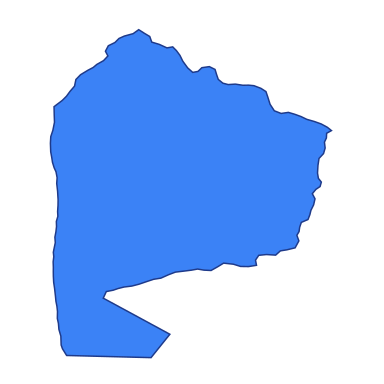 Cajazeirinhas, Paraíba, Brazil, rotated 88°
{"feature_id": "56859067B75006307595902", "entity_name": "Cajazeirinhas", "entity_type": "district", "adm_level": 2, "iso_a3": "BRA", "parent_name": "Brazil", "parent_adm1": "Paraíba", "projection": "equal_earth", "projection_center": [-37.807, -6.945], "detail": "fine", "context": "isolated", "style": "filled", "palette": "blue", "viewbox_px": 384, "rotation_deg": 88, "n_neighbors": 0, "source": "geoboundaries", "source_scale": "gbopen_adm2", "svg_char_len": 1952}
<svg xmlns="http://www.w3.org/2000/svg" viewBox="0 0 384 384"><g transform="rotate(88 192 192)"><path d="M209.1,70.9L203.1,69.3L197.9,71.8L193.7,68.1L191.0,63.8L186.6,62.4L182.8,65.2L177.5,65.9L169.9,65.2L162.9,63.9L158.2,59.2L152.7,57.4L146.8,57.9L142.7,55.8L138.0,55.4L135.5,50.5L132.1,54.4L128.5,60.5L125.8,67.3L123.4,74.7L120.4,80.4L117.9,86.6L115.8,92.9L116.6,100.2L113.7,106.9L107.1,110.9L99.5,113.0L94.2,114.6L90.8,119.5L87.9,126.4L87.2,131.7L87.1,137.4L85.7,144.9L85.9,152.1L84.3,157.4L80.4,161.8L75.9,163.2L70.3,164.7L67.3,170.3L68.1,177.8L71.7,181.8L72.5,187.1L67.8,192.0L61.0,196.6L55.0,199.3L50.2,202.6L46.3,206.2L47.1,212.0L43.3,219.6L40.8,227.0L35.1,228.8L31.7,234.1L27.9,239.6L31.7,245.3L33.8,254.2L36.0,259.6L39.9,263.8L42.9,270.5L48.3,273.6L53.1,271.3L57.6,275.8L61.2,282.7L64.1,286.4L66.7,291.8L70.9,299.3L75.5,304.1L82.1,305.7L87.2,310.4L91.9,314.1L95.9,318.4L101.9,326.9L110.1,327.0L117.5,327.0L125.5,328.9L131.7,331.2L138.3,331.8L146.9,331.8L153.1,330.9L157.5,330.4L163.0,328.9L167.1,327.2L173.0,326.3L178.7,326.9L186.6,326.3L195.2,326.1L201.0,326.4L206.9,327.0L211.6,326.9L216.7,328.6L221.8,328.6L227.1,329.4L232.4,330.6L237.9,330.4L243.6,331.8L247.4,332.7L251.8,332.4L256.9,333.2L262.4,333.2L266.7,333.4L271.2,333.5L277.4,333.4L283.6,332.7L291.4,332.1L296.5,331.8L301.4,331.0L306.7,330.6L313.7,331.0L318.6,330.1L324.7,329.8L331.5,328.1L336.0,328.1L340.4,328.1L344.2,326.9L351.0,323.0L356.1,238.7L333.4,219.1L295.0,284.4L288.5,281.1L287.4,274.2L285.9,269.3L284.6,263.3L283.9,255.4L282.3,248.2L279.8,239.9L277.9,233.4L277.0,226.1L273.8,218.2L271.5,211.4L270.7,202.0L270.1,195.3L269.2,189.1L270.5,182.8L271.1,175.7L267.7,169.1L264.2,162.9L265.6,153.2L268.1,146.0L268.5,138.1L267.5,130.1L262.3,130.9L257.6,127.5L257.1,119.8L258.0,110.6L253.9,105.7L253.1,99.2L251.4,90.9L244.6,86.9L238.9,88.7L235.3,86.4L230.9,85.6L226.2,83.8L223.5,77.0L218.8,75.0L214.5,73.8L209.1,70.9Z" fill="#3b82f6" stroke="#1e3a8a" stroke-width="1.5"/></g></svg>